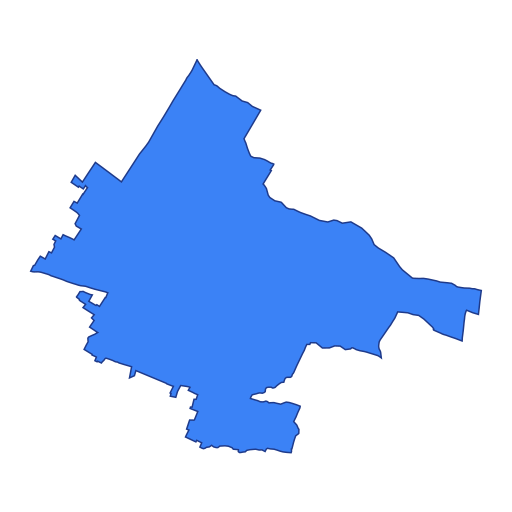 the district of La Magdalena Tlaltelulco, Tlaxcala, Mexico
{"feature_id": "50627088B59456591358447", "entity_name": "La Magdalena Tlaltelulco", "entity_type": "district", "adm_level": 2, "iso_a3": "MEX", "parent_name": "Mexico", "parent_adm1": "Tlaxcala", "projection": "orthographic", "projection_center": [-98.191, 19.28], "detail": "fine", "context": "isolated", "style": "filled", "palette": "blue", "viewbox_px": 512, "rotation_deg": 0, "n_neighbors": 0, "source": "geoboundaries", "source_scale": "gbopen_adm2", "svg_char_len": 5977}
<svg xmlns="http://www.w3.org/2000/svg" viewBox="0 0 512 512"><path d="M75.2,175.3L71.2,182.3L78.4,187.2L79.1,186.1L83.3,188.9L85.5,185.6L86.6,186.9L87.5,187.6L83.0,194.4L82.7,194.1L77.2,203.1L74.0,201.4L70.1,207.8L70.7,208.2L73.8,210.3L76.4,212.1L77.5,213.0L79.5,215.4L75.1,223.7L76.3,226.1L81.3,229.0L74.1,239.9L72.9,239.2L69.8,237.7L65.6,235.9L63.1,234.7L60.9,238.9L55.2,235.5L52.8,239.2L55.7,240.9L54.0,244.4L54.5,247.2L51.5,252.9L48.9,251.7L45.2,259.0L40.3,256.2L37.8,259.9L34.7,265.3L33.4,265.6L30.7,271.2L32.4,271.7L34.1,271.9L38.1,271.8L38.9,271.9L40.3,272.1L41.2,272.3L43.9,273.1L46.2,273.8L47.6,274.2L49.3,274.8L50.0,275.2L51.1,275.8L52.8,276.3L55.7,277.3L58.4,278.2L60.5,278.9L63.3,279.9L66.7,281.4L73.1,283.5L75.8,284.3L78.2,285.1L80.7,285.7L82.5,285.9L85.2,286.2L86.0,286.4L87.5,286.9L90.5,287.9L94.8,289.2L105.5,291.9L107.8,292.8L107.7,293.0L105.8,297.6L105.4,297.7L105.2,297.6L99.5,306.4L96.8,304.7L96.0,305.5L88.8,301.3L92.3,294.9L90.2,294.5L85.3,292.5L83.1,291.4L81.6,291.6L80.0,291.6L78.1,294.7L76.5,296.9L76.6,297.2L79.3,299.3L79.3,300.0L80.2,300.9L85.6,304.3L83.0,307.6L87.5,310.5L88.3,311.0L94.2,314.7L91.5,317.9L94.1,320.5L91.2,324.7L89.6,327.1L94.4,330.3L97.0,332.1L97.7,332.5L94.7,334.3L92.1,335.4L88.7,337.0L87.9,338.1L87.9,338.7L88.0,340.2L88.0,340.7L88.1,341.3L88.1,341.8L86.3,345.0L84.1,349.4L92.1,354.3L92.0,355.0L96.1,356.9L96.4,357.1L94.9,360.7L95.1,360.8L97.1,361.8L97.6,361.2L101.4,363.0L102.2,361.9L103.9,360.3L104.9,358.8L105.5,358.3L106.5,358.3L108.1,358.8L109.9,359.4L112.0,360.2L113.3,360.7L114.3,361.3L115.6,361.8L116.5,362.0L117.0,362.0L117.6,362.1L117.9,362.3L118.9,362.9L123.7,364.4L131.6,366.7L129.5,377.9L134.4,375.7L135.9,370.6L166.1,383.2L166.7,383.8L171.8,385.8L173.4,386.3L170.1,393.0L171.0,393.5L170.3,396.2L175.8,397.3L177.5,391.5L180.7,385.5L186.0,386.3L188.7,386.8L190.0,387.3L188.3,390.3L193.6,392.8L194.1,393.2L197.7,394.7L196.2,399.3L194.0,399.3L192.1,407.1L190.5,407.1L190.1,408.5L197.8,411.5L194.4,419.9L193.7,420.2L192.7,420.1L191.5,420.1L190.8,420.1L189.7,420.0L189.4,420.7L186.6,429.1L188.9,430.0L186.3,435.2L185.5,437.0L195.9,441.9L196.7,440.3L201.7,442.8L199.9,447.1L202.2,448.3L203.6,448.7L205.1,448.2L206.5,447.3L209.3,446.9L211.6,445.3L213.7,446.9L216.3,447.6L217.8,447.6L219.8,446.1L224.9,445.8L228.4,446.2L232.1,447.7L233.3,449.2L237.7,449.6L238.4,449.7L238.3,451.6L239.4,452.5L240.8,452.5L242.7,452.1L245.3,451.8L246.7,450.4L247.8,450.1L249.8,449.7L253.1,449.4L255.6,449.2L259.2,450.0L262.0,449.9L265.1,451.5L266.3,449.1L267.5,448.3L270.4,448.9L274.1,449.2L277.1,450.1L280.3,451.2L283.0,451.9L287.0,452.4L291.1,452.7L291.5,451.5L291.4,449.0L291.9,448.9L293.6,442.2L294.5,439.2L295.7,435.8L298.4,433.8L298.8,433.3L298.9,429.8L298.9,429.3L298.2,428.4L296.8,425.1L293.7,421.6L295.6,417.7L295.9,417.2L297.7,412.7L299.9,407.9L300.2,406.2L298.9,405.7L296.6,404.8L292.3,403.4L289.2,402.5L286.2,402.1L284.4,402.7L280.6,404.2L279.1,403.8L276.7,403.3L273.9,402.6L270.8,402.7L269.0,402.9L267.4,401.6L265.9,401.1L264.7,401.5L263.1,401.9L260.4,401.8L257.6,400.6L255.4,400.0L250.8,398.6L250.4,398.5L250.8,397.1L252.2,394.8L254.1,394.3L256.2,393.8L258.5,393.1L259.8,392.9L262.4,393.2L264.0,392.6L265.2,391.7L265.5,389.0L266.5,387.6L268.3,387.2L271.2,387.2L272.5,388.0L273.7,387.9L275.1,387.4L276.7,385.8L278.7,384.2L280.7,382.8L281.6,382.4L282.7,382.3L283.8,382.2L284.0,381.5L284.5,379.9L285.1,378.5L286.3,377.5L287.2,377.3L289.1,377.3L290.3,377.3L291.1,376.9L291.8,376.2L291.9,375.7L292.5,374.1L293.3,373.3L293.5,372.8L293.7,372.6L296.8,365.6L302.6,353.5L304.3,350.3L305.4,347.4L306.8,344.4L309.8,344.4L310.5,342.7L316.1,342.8L322.4,348.0L329.4,347.9L334.7,345.9L340.2,346.1L345.3,349.6L350.6,348.9L351.6,347.9L352.8,347.8L353.9,348.4L354.8,348.8L355.0,348.9L356.2,349.6L359.9,350.7L364.3,351.5L366.6,352.1L375.3,354.8L377.8,355.6L378.9,356.2L380.8,357.5L381.3,357.9L380.9,354.6L380.7,352.7L380.4,351.4L379.6,349.8L379.1,348.9L378.7,346.9L378.7,345.5L378.9,343.7L379.2,341.9L379.9,340.4L380.7,339.1L381.7,337.7L384.8,333.2L388.7,327.5L390.5,325.1L392.6,321.6L393.9,319.6L394.9,318.0L397.7,311.9L402.4,312.3L407.9,312.8L413.1,314.6L418.7,315.4L423.7,318.9L432.6,327.2L433.8,329.1L433.4,329.7L433.9,330.2L441.0,333.3L442.1,333.9L444.0,334.6L445.9,335.1L451.7,337.2L455.3,338.4L462.1,341.0L462.2,340.0L462.3,337.8L463.2,330.8L463.4,329.0L463.5,327.9L464.1,321.8L464.5,319.0L464.7,316.6L465.0,314.9L465.1,314.4L465.2,313.9L465.9,311.6L466.3,310.7L466.6,310.2L469.5,311.4L472.7,312.7L476.0,313.7L478.4,314.4L478.4,313.8L478.5,313.7L479.2,307.6L479.8,301.7L481.3,290.5L479.4,290.1L476.9,289.5L474.7,288.8L472.1,288.7L469.7,288.2L464.1,288.0L458.2,287.1L456.6,286.6L455.3,285.4L451.6,283.3L446.6,282.7L440.2,282.1L436.5,280.9L428.2,279.1L423.6,278.4L419.0,278.5L413.9,278.3L412.4,278.1L402.3,269.8L399.6,266.6L393.7,257.9L385.5,252.3L378.3,248.0L374.1,244.6L371.7,238.9L369.2,235.2L361.7,228.1L350.9,221.9L342.3,223.2L337.0,220.6L333.7,220.1L327.8,222.0L319.3,220.4L310.3,215.9L306.0,214.5L300.7,212.6L298.9,211.8L296.4,210.6L293.8,209.3L291.6,209.2L289.0,208.9L286.3,207.7L283.8,205.0L281.4,202.4L280.7,202.1L274.8,200.8L269.8,197.5L268.2,195.1L266.4,188.5L265.2,186.6L263.8,184.7L263.1,184.0L263.7,183.0L271.3,170.6L270.2,170.0L273.6,164.8L273.8,164.1L272.5,163.5L271.4,163.3L269.8,162.5L267.3,161.0L264.6,159.6L259.9,158.1L253.9,157.7L250.9,156.3L250.3,155.3L249.2,152.9L247.5,148.5L245.8,143.0L245.0,141.3L244.0,138.7L252.3,124.6L259.6,112.1L260.0,111.5L260.7,110.2L252.3,106.4L247.7,102.6L242.1,101.0L235.7,96.1L232.9,95.7L231.2,95.0L229.6,94.3L225.1,91.8L219.7,88.3L217.1,86.0L215.7,85.3L214.1,84.8L202.8,68.7L202.1,67.7L200.0,64.6L197.3,60.3L197.1,59.3L196.7,60.6L192.1,70.2L190.3,73.2L189.9,73.7L188.7,75.6L187.3,77.3L186.6,78.4L185.8,80.1L182.7,85.1L179.9,89.7L173.2,100.5L169.5,106.9L166.1,112.6L163.2,117.4L157.7,126.1L153.8,133.0L149.3,141.0L148.6,142.2L145.8,146.1L139.5,154.0L134.2,162.2L121.4,181.9L109.9,173.2L95.4,162.4L88.5,172.8L82.4,182.1L75.2,175.3Z" fill="#3b82f6" stroke="#1e3a8a" stroke-width="1.5"/></svg>